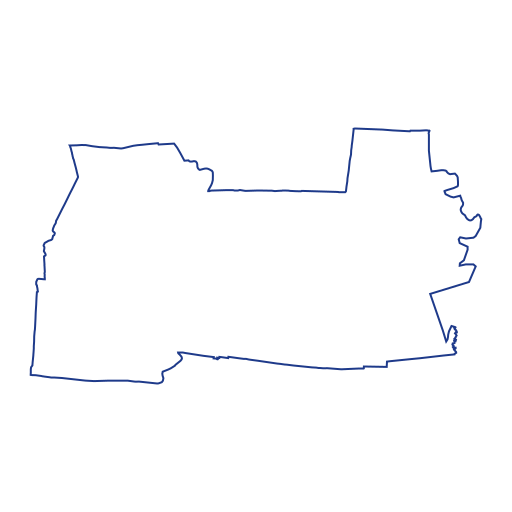 the district of Harsesti, Arges, Romania
{"feature_id": "2599482B5043651668423", "entity_name": "Harsesti", "entity_type": "district", "adm_level": 2, "iso_a3": "ROU", "parent_name": "Romania", "parent_adm1": "Arges", "projection": "albers", "projection_center": [24.789, 44.52], "detail": "fine", "context": "isolated", "style": "outline", "palette": "blue", "viewbox_px": 512, "rotation_deg": 0, "n_neighbors": 0, "source": "geoboundaries", "source_scale": "gbopen_adm2", "svg_char_len": 5852}
<svg xmlns="http://www.w3.org/2000/svg" viewBox="0 0 512 512"><path d="M420.2,358.2L443.7,355.5L454.5,354.4L454.6,353.8L456.2,352.8L456.1,352.0L454.0,349.6L454.4,349.1L455.3,348.7L455.7,348.1L455.6,347.7L454.9,347.9L453.6,348.1L452.9,347.1L453.3,346.8L453.7,346.9L453.9,346.8L453.7,345.9L453.1,345.5L452.4,344.6L452.7,343.5L453.2,343.6L454.5,343.1L454.5,342.2L454.1,340.5L454.5,340.4L455.6,341.0L456.0,339.7L454.5,338.7L455.8,337.1L455.8,336.5L456.6,335.6L456.0,334.4L455.0,333.4L455.6,332.5L457.7,332.3L457.1,332.2L456.1,331.7L456.4,330.9L455.8,329.9L454.8,329.4L454.3,328.1L454.7,327.9L455.1,328.0L455.5,327.5L455.4,327.2L451.5,326.0L449.0,331.3L448.2,334.6L448.0,337.0L447.5,339.4L446.2,341.5L442.9,330.7L430.2,293.9L469.0,282.0L475.7,266.4L473.4,264.4L465.8,264.4L459.7,265.7L459.9,263.3L463.9,260.3L467.6,249.7L467.6,246.7L459.7,243.1L458.7,239.3L460.2,237.3L466.0,238.5L473.5,237.7L475.7,236.0L480.3,227.8L480.9,221.5L481.3,219.1L480.7,218.3L480.4,217.4L480.0,216.7L479.4,215.6L479.0,215.0L478.5,214.7L477.8,214.5L477.3,214.8L476.5,216.1L475.9,216.5L474.4,217.2L474.0,217.7L472.9,219.2L471.6,220.1L470.8,220.4L469.8,220.4L468.7,220.0L467.1,218.8L466.0,217.3L465.0,215.3L463.6,214.3L462.5,213.5L461.9,212.8L461.5,212.1L461.1,211.3L460.8,210.4L460.7,209.4L461.0,208.2L461.3,207.4L462.4,206.0L463.0,204.8L463.1,203.3L463.1,202.8L462.8,202.2L461.9,200.6L461.6,199.9L461.3,198.9L461.2,198.2L460.6,197.1L460.2,195.7L453.6,197.4L450.5,196.6L445.6,194.2L444.5,191.5L444.5,191.0L447.3,190.0L453.6,188.1L457.6,186.3L458.0,185.1L458.0,182.0L457.7,177.4L457.1,176.0L455.7,174.4L454.9,173.6L451.4,174.0L450.1,174.2L449.3,173.9L448.2,173.3L447.5,172.6L447.2,172.3L446.7,171.7L446.6,171.3L445.7,170.6L444.0,170.3L443.2,170.2L441.4,170.2L439.9,170.4L437.3,170.8L431.6,171.4L430.9,168.5L430.5,166.0L428.9,150.7L428.9,134.4L428.6,133.2L429.5,130.8L429.3,130.6L428.1,130.6L426.9,130.3L425.9,130.3L419.4,130.7L410.4,130.7L409.9,131.3L392.8,130.4L382.7,129.6L354.9,128.5L353.6,128.8L353.6,129.8L352.4,140.8L351.7,146.0L351.7,146.8L351.2,150.2L351.0,154.6L350.2,158.2L349.7,160.9L348.7,170.7L347.5,178.2L347.3,181.4L346.5,186.5L346.0,190.9L345.9,191.4L345.5,191.9L345.2,192.2L338.9,192.2L338.3,192.0L336.1,191.9L301.8,190.9L300.9,191.3L296.2,191.2L290.1,190.9L288.2,190.6L282.7,190.5L281.9,190.7L279.2,190.8L274.9,191.1L271.9,190.7L258.3,190.5L245.4,190.9L239.9,190.0L238.0,190.5L234.4,190.5L233.4,190.2L231.5,190.1L227.4,190.1L210.9,190.6L209.5,191.1L208.2,191.1L208.2,190.9L208.7,189.6L211.1,185.3L212.0,183.2L212.8,180.1L212.9,175.5L212.8,172.5L212.5,171.7L211.9,170.8L209.2,169.3L207.7,168.7L206.4,168.5L204.9,168.6L203.5,168.9L199.8,169.9L199.2,169.6L198.0,168.4L197.4,166.9L197.3,164.7L197.0,163.1L196.5,162.3L195.8,161.5L194.6,161.2L193.4,161.2L192.3,161.5L190.8,161.6L189.6,161.4L188.7,160.7L188.5,160.4L184.4,160.7L180.2,152.9L177.1,147.6L174.1,143.6L158.6,144.5L158.0,143.2L148.4,144.1L141.8,144.8L137.4,145.2L133.2,145.8L123.2,148.2L121.1,148.5L114.1,147.8L110.3,147.9L106.8,147.5L99.5,147.1L92.2,146.2L85.9,145.1L81.6,145.0L76.9,145.3L69.8,145.5L70.0,145.8L70.4,147.4L70.8,148.3L71.3,150.4L71.5,151.3L71.7,151.9L71.9,152.5L72.2,154.4L72.4,154.9L72.6,156.2L73.0,157.6L73.1,158.4L73.3,158.8L73.6,159.3L73.7,159.5L73.9,160.4L74.2,161.5L74.4,162.4L75.8,167.6L76.7,171.3L76.7,171.5L78.0,176.6L77.9,177.5L74.7,183.9L73.7,186.0L71.7,190.0L70.7,191.9L69.0,195.3L67.8,197.8L64.6,204.3L62.3,208.7L57.1,219.1L56.1,220.8L56.0,221.7L55.8,222.8L55.6,223.4L54.2,225.6L53.8,226.8L53.5,227.4L53.1,228.5L52.9,229.2L52.8,230.0L52.7,230.5L52.8,230.9L53.1,231.4L53.4,231.7L54.1,232.2L54.6,232.7L54.7,233.0L54.8,233.3L54.7,233.7L54.6,234.0L54.2,235.1L53.1,235.8L52.2,239.2L51.1,240.0L48.5,240.8L46.3,242.1L45.1,242.7L44.7,243.1L44.5,243.3L44.1,244.4L43.9,244.7L43.7,245.1L43.6,245.4L43.6,245.5L43.7,246.0L44.3,246.9L44.4,247.6L44.3,248.8L44.1,249.9L43.9,250.7L43.9,251.3L44.0,251.6L44.4,252.0L44.6,252.4L44.8,252.8L45.1,253.3L45.5,254.1L45.6,254.5L45.6,254.9L45.5,255.2L45.5,255.4L45.3,255.6L44.4,256.0L44.2,256.2L44.0,256.5L44.0,257.0L44.1,257.7L44.2,260.1L44.3,261.6L44.5,264.6L44.4,264.9L44.5,265.9L44.8,271.6L44.7,272.6L44.5,273.0L44.5,273.6L44.7,274.6L44.7,275.2L44.6,276.1L44.8,278.3L44.8,278.8L44.8,279.3L44.6,279.3L43.1,279.2L41.4,279.0L39.8,278.9L39.1,278.8L38.0,278.9L37.7,279.1L37.4,279.3L37.2,279.7L36.7,280.9L36.5,281.2L36.3,281.6L36.2,282.9L36.2,284.2L36.3,284.7L36.9,285.3L37.0,286.5L37.4,288.2L37.7,290.7L37.9,291.4L37.9,291.6L37.7,291.8L36.9,292.1L36.5,297.8L36.2,304.7L35.7,312.7L35.6,315.4L35.5,318.4L35.1,326.4L34.9,329.6L34.6,331.6L34.2,336.3L34.1,341.7L33.8,346.2L33.8,348.5L33.6,351.5L33.5,352.9L33.4,354.1L33.3,355.7L32.9,359.7L32.6,362.6L32.5,364.2L32.4,364.8L32.4,365.5L31.6,366.5L31.2,367.1L31.1,367.4L31.0,367.7L31.0,368.0L30.9,368.5L30.8,369.5L30.8,371.4L30.8,372.0L30.8,372.8L30.7,374.1L30.7,374.9L32.2,375.1L35.7,375.2L41.3,376.0L42.5,376.3L43.4,376.4L44.6,376.6L49.3,377.2L51.0,377.5L53.5,377.5L53.8,377.5L61.9,378.0L85.4,380.6L94.1,381.1L107.1,380.7L128.0,380.7L134.6,381.6L136.1,381.7L138.1,381.6L139.1,381.6L157.2,383.5L158.5,383.4L161.8,382.2L162.9,380.7L163.4,378.2L162.6,375.7L162.3,373.7L162.7,371.7L168.3,369.5L170.8,368.3L174.9,365.7L175.4,364.9L180.5,360.8L181.4,359.7L181.9,358.7L181.8,357.7L181.5,356.7L179.8,354.7L178.3,353.3L178.1,352.5L182.7,352.5L185.2,353.0L203.3,355.8L213.8,357.1L213.6,358.4L217.2,358.7L217.2,359.2L217.7,359.3L217.9,359.1L218.0,358.7L217.4,358.5L217.3,357.7L219.3,358.0L219.4,356.9L221.2,357.1L228.2,358.1L228.4,356.8L234.2,357.6L238.5,358.2L243.9,358.9L246.2,358.9L248.8,359.5L250.8,359.8L258.3,360.8L277.4,363.6L280.4,363.9L284.5,364.5L287.1,364.7L293.4,365.5L312.1,367.4L316.1,367.6L318.6,368.0L319.9,368.0L323.5,368.3L327.3,368.2L341.3,369.3L359.4,368.5L363.6,368.5L363.8,368.4L363.9,366.5L386.7,366.9L387.0,361.6L390.1,361.2L409.9,359.2L420.2,358.2Z" fill="none" stroke="#1e3a8a" stroke-width="2"/></svg>